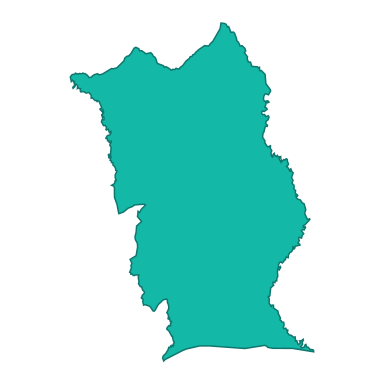 Mbanza-Ngungu, Bas-Congo, Democratic Republic of the Congo
{"feature_id": "63176286B82592558575614", "entity_name": "Mbanza-Ngungu", "entity_type": "district", "adm_level": 2, "iso_a3": "COD", "parent_name": "Democratic Republic of the Congo", "parent_adm1": "Bas-Congo", "projection": "equal_earth", "projection_center": [14.766, -5.339], "detail": "fine", "context": "isolated", "style": "filled", "palette": "teal", "viewbox_px": 384, "rotation_deg": 0, "n_neighbors": 0, "source": "geoboundaries", "source_scale": "gbopen_adm2", "svg_char_len": 5962}
<svg xmlns="http://www.w3.org/2000/svg" viewBox="0 0 384 384"><path d="M130.9,274.2L132.1,274.1L133.2,275.4L134.2,275.6L135.6,274.9L138.9,275.1L138.2,277.1L139.0,281.8L138.5,283.8L140.3,286.6L141.7,286.9L142.6,290.1L144.2,291.5L144.4,292.8L144.0,293.6L142.2,295.3L142.2,296.4L141.3,297.5L141.5,298.3L143.1,299.1L142.8,301.9L143.6,305.1L145.0,304.6L150.0,306.4L153.0,310.9L154.1,311.2L155.0,310.4L158.2,304.6L163.4,299.7L166.8,299.1L167.4,300.7L167.4,302.7L168.1,303.7L168.8,307.2L168.6,309.0L166.8,312.8L167.8,313.7L168.6,317.0L168.0,318.1L168.3,319.1L168.9,319.1L169.4,318.2L170.3,321.5L171.3,321.4L171.5,322.2L170.5,323.5L170.6,325.5L170.2,326.1L169.1,325.5L167.4,327.2L166.7,329.0L169.0,331.1L171.8,336.3L172.4,336.3L173.3,340.8L174.3,342.3L173.2,344.3L173.7,345.6L172.8,346.3L172.0,345.4L171.3,346.8L170.7,346.0L169.8,347.6L168.7,347.4L168.0,349.9L165.6,353.7L163.1,356.1L162.7,358.2L163.7,361.0L165.3,359.4L182.6,350.5L186.6,348.9L199.8,345.9L209.3,345.9L244.9,348.5L264.5,345.4L266.7,346.1L267.8,347.4L272.9,348.3L292.6,348.4L313.7,351.8L313.5,350.3L312.7,349.7L309.9,349.3L308.1,347.2L306.5,346.9L305.9,344.4L305.1,344.8L304.4,347.0L301.3,347.9L300.7,346.8L302.5,344.5L302.4,341.8L303.4,340.2L303.2,339.3L301.3,340.9L299.6,340.9L300.4,342.9L298.5,344.6L298.0,344.3L296.7,340.6L295.5,341.0L295.1,336.9L293.5,337.3L291.5,335.4L289.5,335.1L287.1,332.5L287.3,331.3L287.9,330.9L287.7,330.0L286.6,329.9L285.8,328.2L283.8,328.7L283.3,327.5L284.1,325.1L283.7,322.3L281.8,322.0L281.1,320.5L280.3,320.3L279.9,319.4L280.5,318.2L278.4,313.8L277.9,311.1L273.5,307.9L273.5,305.2L271.9,305.1L271.2,306.4L269.1,303.2L269.3,298.9L268.1,297.2L268.4,296.3L269.4,296.5L269.9,295.6L270.7,287.8L273.7,285.3L272.8,283.7L273.0,282.3L274.9,282.7L275.5,280.8L276.7,280.9L277.0,277.7L277.8,276.5L277.4,272.0L277.8,268.7L279.2,269.9L280.7,267.4L280.3,266.5L279.4,267.3L278.5,267.1L278.5,264.8L279.5,262.5L281.4,262.0L282.2,263.0L283.7,261.6L284.4,259.8L285.4,259.8L286.0,257.1L288.2,257.7L288.4,255.2L289.7,252.6L291.3,251.9L292.4,250.5L293.0,246.7L293.8,247.2L294.0,248.9L294.5,248.7L295.3,246.3L300.0,245.0L299.8,244.3L298.0,243.1L299.3,240.6L298.6,238.9L299.2,237.2L301.5,238.1L302.2,235.4L303.7,233.7L301.3,230.7L302.6,229.5L304.1,230.0L305.5,227.5L305.2,226.7L303.4,227.2L303.3,225.7L305.2,224.5L309.8,219.6L309.6,218.8L308.0,219.4L307.2,219.0L305.0,214.2L304.7,212.8L305.8,209.7L304.1,203.8L302.3,202.9L300.3,199.9L297.3,199.0L295.8,196.1L297.4,196.1L297.7,195.3L296.7,194.2L295.7,194.0L295.3,192.6L295.6,190.4L294.5,189.8L293.8,188.4L294.2,187.2L293.9,185.1L292.0,183.4L293.0,180.3L291.5,177.6L293.2,172.9L291.7,171.3L290.8,168.8L290.3,169.2L290.3,172.0L287.8,167.4L286.5,166.5L288.2,164.8L288.5,163.7L287.5,161.9L287.3,159.4L286.1,158.8L285.0,160.0L283.8,159.6L282.1,161.4L281.4,160.0L280.9,162.0L279.1,158.7L279.5,158.1L280.7,158.1L280.7,156.5L278.2,156.9L277.3,155.4L276.4,156.5L274.9,155.5L274.2,153.3L273.2,154.2L272.7,157.0L271.7,156.4L270.9,152.8L271.8,150.7L270.2,148.0L270.6,146.1L270.3,145.7L268.3,146.8L267.3,146.6L265.0,143.0L264.8,140.6L262.6,137.4L263.0,133.4L263.9,132.1L265.1,127.0L265.5,126.4L267.2,126.4L267.5,125.2L266.1,124.1L265.8,122.7L266.1,121.3L268.0,119.9L269.0,117.3L268.4,115.8L265.7,116.6L264.6,114.5L262.7,114.6L261.8,113.7L261.5,112.6L262.5,111.0L264.2,111.5L267.1,109.4L266.8,108.2L264.8,107.3L265.8,105.0L265.9,102.7L267.3,102.9L269.0,102.1L267.8,100.8L264.7,101.4L263.8,100.2L263.5,98.7L263.8,96.3L264.7,94.4L266.0,93.8L268.5,94.8L270.6,91.1L270.3,89.6L265.9,83.7L265.1,74.4L261.3,70.5L259.6,70.6L259.5,67.3L258.2,67.8L257.5,66.8L251.9,66.4L250.5,62.1L248.4,62.1L247.2,58.9L247.5,56.8L244.4,52.7L245.7,51.0L245.0,48.5L242.1,45.7L240.2,46.1L238.3,42.0L236.7,40.7L236.6,38.8L234.6,33.3L233.5,32.1L230.9,32.3L228.7,26.6L227.5,27.1L226.2,24.4L224.9,23.6L221.0,23.0L220.1,28.7L212.8,41.4L210.3,43.6L209.4,45.2L208.4,46.0L204.6,45.6L198.8,49.6L195.6,52.4L194.6,54.1L192.8,54.8L191.8,56.6L190.2,56.7L189.3,58.5L186.2,60.9L182.5,65.9L180.4,67.2L179.0,69.1L176.0,68.3L174.8,69.6L172.7,69.3L171.7,70.2L170.8,70.1L169.7,68.8L166.0,66.7L164.3,67.3L163.5,65.7L157.8,63.6L156.8,62.3L156.4,60.2L155.1,57.4L153.0,55.9L152.3,54.2L150.7,52.7L146.1,53.8L141.7,50.7L139.5,50.7L138.8,48.7L135.9,47.3L134.2,48.1L130.5,54.2L128.1,56.3L127.2,56.1L125.0,57.8L123.8,61.0L116.8,67.9L113.0,68.8L111.6,68.5L102.2,74.2L98.8,74.8L97.7,73.7L94.5,74.6L92.4,75.9L91.5,77.2L89.0,77.5L87.5,75.4L85.4,73.8L82.6,73.1L81.8,73.8L79.4,73.5L78.3,74.1L75.4,73.2L74.9,74.0L72.0,74.7L70.3,77.0L71.3,81.5L72.4,80.2L72.9,81.1L74.4,81.3L74.6,81.9L73.9,82.6L74.7,84.1L73.9,86.4L72.8,87.2L73.1,88.3L74.8,86.6L75.8,84.1L77.6,85.5L77.4,88.5L78.3,87.8L79.3,88.7L80.6,88.6L80.3,91.1L80.7,91.9L83.9,91.6L86.0,93.1L89.0,92.5L91.2,95.3L91.2,98.2L92.4,97.8L94.8,100.4L96.2,100.6L97.0,101.5L97.4,100.6L99.1,101.5L101.5,107.2L101.6,108.6L100.2,108.7L100.0,109.4L102.3,111.8L103.0,110.1L103.6,112.0L103.5,112.9L102.8,113.0L102.7,114.5L101.8,114.6L101.8,115.7L102.3,116.1L102.5,117.8L103.7,116.9L104.2,118.7L103.8,119.8L102.2,119.5L101.4,121.7L103.5,125.6L105.3,125.5L106.6,127.6L105.9,129.6L106.4,130.0L108.3,129.2L109.4,132.7L110.0,132.9L110.9,131.6L111.1,132.5L110.1,134.8L107.3,135.7L105.9,138.0L106.0,138.5L107.3,138.5L107.6,140.8L108.9,140.7L109.1,142.3L109.7,142.7L111.1,141.2L111.3,141.8L109.8,145.1L111.1,147.3L110.4,156.1L109.4,156.0L108.9,154.3L108.4,154.7L108.9,157.8L109.9,158.2L110.9,157.5L110.1,160.4L111.3,160.8L111.5,162.6L112.9,162.6L113.0,165.1L114.5,166.4L115.5,168.3L115.7,170.3L117.0,171.0L115.2,174.8L115.2,177.7L116.2,180.6L115.2,180.6L114.5,183.6L111.6,185.3L113.5,186.0L114.4,187.3L114.5,197.3L117.0,204.4L118.8,213.7L123.5,212.0L128.1,208.2L132.3,206.6L134.7,204.9L144.3,204.2L145.5,205.0L141.2,209.4L139.5,212.6L138.1,211.3L137.5,216.7L141.6,221.5L136.6,226.0L136.1,232.3L135.0,236.8L135.4,239.7L137.3,243.1L137.6,247.0L136.1,255.7L130.1,259.4L131.9,263.3L130.9,265.9L131.5,267.6L129.7,272.3L130.4,272.6L130.9,274.2Z" fill="#14b8a6" stroke="#0f766e" stroke-width="1.5"/></svg>